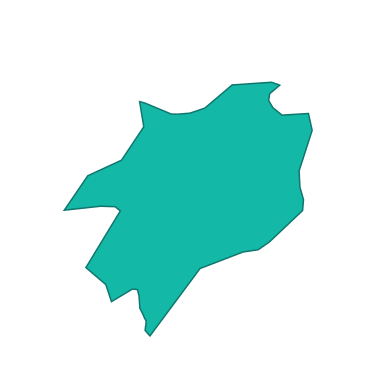 SVG path tracing the border of Koper, rotated 309°
{"feature_id": "SVN-1031", "entity_name": "Koper", "entity_type": "Municipality", "adm_level": 1, "iso_a3": "SVN", "parent_name": "Slovenia", "parent_adm1": "", "projection": "equal_earth", "projection_center": [13.807, 45.513], "detail": "fine", "context": "isolated", "style": "filled", "palette": "teal", "viewbox_px": 384, "rotation_deg": 309, "n_neighbors": 0, "source": "natural_earth", "source_scale": "10m", "svg_char_len": 740}
<svg xmlns="http://www.w3.org/2000/svg" viewBox="0 0 384 384"><g transform="rotate(309 192 192)"><path d="M172.4,117.2L212.3,113.5L229.3,94.4L231.5,99.5L239.5,126.8L243.6,132.0L251.9,140.7L265.3,149.2L300.5,155.8L327.3,184.7L330.3,192.9L330.3,193.0L317.2,190.5L311.3,194.1L308.4,201.8L308.4,213.6L326.3,233.1L315.5,246.6L275.9,261.9L263.6,272.9L256.2,283.5L247.2,289.6L202.0,283.6L188.8,279.8L177.5,269.4L137.6,246.4L53.7,249.9L53.7,249.6L54.9,242.7L58.8,240.2L59.6,239.9L62.9,237.5L64.2,234.3L66.2,230.6L68.7,224.8L78.0,216.1L81.8,211.1L80.3,208.5L78.9,206.7L56.1,198.4L65.8,183.4L66.5,157.1L132.2,148.2L132.2,141.5L123.3,129.8L110.7,117.3L97.5,104.2L139.1,100.8L172.4,117.2Z" fill="#14b8a6" stroke="#0f766e" stroke-width="1.5"/></g></svg>